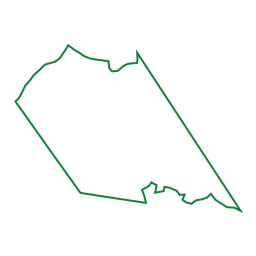 outline of Ruy Barbosa, Rio Grande do Norte, Brazil
{"feature_id": "56859067B51255119987795", "entity_name": "Ruy Barbosa", "entity_type": "district", "adm_level": 2, "iso_a3": "BRA", "parent_name": "Brazil", "parent_adm1": "Rio Grande do Norte", "projection": "albers", "projection_center": [-35.934, -5.854], "detail": "fine", "context": "isolated", "style": "outline", "palette": "green", "viewbox_px": 256, "rotation_deg": 0, "n_neighbors": 0, "source": "geoboundaries", "source_scale": "gbopen_adm2", "svg_char_len": 752}
<svg xmlns="http://www.w3.org/2000/svg" viewBox="0 0 256 256"><path d="M240.6,210.8L137.2,52.8L137.5,58.6L137.0,63.0L130.8,63.4L126.5,64.3L122.8,66.5L117.9,70.8L112.1,71.4L109.2,68.0L108.5,61.2L95.8,59.5L90.5,58.6L84.0,56.1L79.4,52.8L73.6,49.3L68.2,45.2L65.8,49.5L59.3,58.8L54.6,61.9L49.7,63.2L44.6,64.8L39.7,69.9L33.7,75.2L29.3,81.2L25.3,85.6L22.0,92.5L18.8,98.3L15.4,101.4L57.2,160.4L80.5,192.9L111.6,197.7L145.9,202.9L144.4,196.1L142.0,189.9L149.2,185.8L151.3,182.4L156.7,185.3L155.1,192.7L163.6,191.1L164.6,186.8L169.7,187.8L176.7,190.8L179.8,194.9L184.6,194.6L182.5,199.9L186.5,202.5L191.5,203.7L196.0,200.3L202.0,199.3L207.2,197.5L210.9,193.8L215.6,199.9L227.0,207.2L234.4,207.7L240.6,210.8Z" fill="none" stroke="#15803d" stroke-width="2"/></svg>